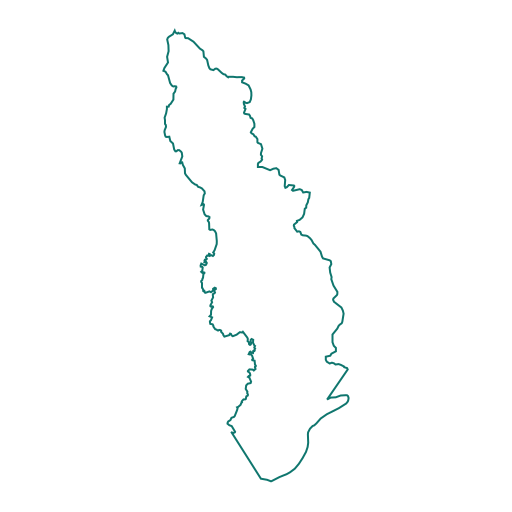 the district of Monte Alegre, Pará, Brazil
{"feature_id": "56859067B76441497058081", "entity_name": "Monte Alegre", "entity_type": "district", "adm_level": 2, "iso_a3": "BRA", "parent_name": "Brazil", "parent_adm1": "Pará", "projection": "mercator", "projection_center": [-54.454, -1.021], "detail": "fine", "context": "isolated", "style": "outline", "palette": "teal", "viewbox_px": 512, "rotation_deg": 0, "n_neighbors": 0, "source": "geoboundaries", "source_scale": "gbopen_adm2", "svg_char_len": 6059}
<svg xmlns="http://www.w3.org/2000/svg" viewBox="0 0 512 512"><path d="M231.2,431.8L260.9,478.7L267.1,479.8L271.0,481.3L271.6,481.1L279.8,476.9L286.8,474.1L290.0,472.3L294.8,468.7L298.9,463.8L302.6,458.1L306.0,451.9L307.6,447.1L308.2,442.8L307.9,434.3L308.1,432.3L310.0,428.7L312.6,426.0L314.2,425.4L316.4,423.4L320.7,418.5L326.9,414.2L338.8,408.2L346.2,403.5L347.8,401.5L348.3,400.0L348.6,398.0L348.0,396.1L347.1,395.3L345.9,395.2L340.7,395.5L335.8,397.3L330.6,397.6L327.1,399.5L347.7,369.5L347.1,368.1L344.2,367.2L344.0,366.5L340.9,364.9L338.6,364.1L335.5,364.5L333.9,363.3L331.9,362.7L329.7,363.5L326.8,361.7L325.8,359.8L325.8,356.7L330.3,355.7L331.4,353.7L335.9,351.3L335.9,347.9L333.8,345.8L332.5,342.2L332.5,334.5L337.3,328.6L338.6,325.9L339.7,324.7L341.7,323.3L342.3,321.8L343.6,313.7L342.9,310.7L341.4,307.5L334.0,301.8L333.1,299.8L333.4,298.5L336.9,295.1L337.3,294.2L337.4,291.9L333.5,285.6L331.3,279.2L331.6,277.1L330.2,272.6L329.6,267.5L331.3,264.1L330.8,261.2L329.7,260.3L323.0,258.4L322.0,256.6L320.5,251.7L314.9,244.8L313.4,243.5L311.6,240.1L310.0,238.2L307.5,236.1L305.9,235.6L302.8,235.3L301.3,234.6L300.3,231.9L298.9,231.3L297.2,231.7L294.4,228.1L294.4,227.0L293.8,225.8L294.0,224.6L297.1,222.1L296.9,220.9L299.6,219.9L302.5,217.4L304.1,213.9L304.8,208.7L306.2,207.7L306.3,205.3L307.8,202.4L308.4,199.2L309.2,197.9L309.8,192.6L306.5,191.9L303.2,192.5L301.7,190.0L299.7,189.2L293.0,190.8L292.0,190.0L294.1,186.9L294.3,186.0L293.9,185.5L288.9,185.0L286.8,187.2L285.4,187.8L284.7,186.1L285.2,180.0L284.3,177.4L280.3,175.5L279.4,174.7L278.6,169.9L276.3,168.2L273.4,168.7L270.1,170.2L262.3,167.0L257.9,167.0L257.9,164.0L258.4,162.9L260.5,161.6L261.8,160.2L262.1,159.4L261.6,158.7L262.1,156.3L260.9,154.8L261.0,153.0L262.4,148.7L261.0,144.2L257.8,142.8L257.4,142.2L257.4,139.1L255.8,136.7L254.6,136.3L253.4,134.3L251.5,133.3L250.8,132.3L252.7,128.7L254.4,127.0L254.4,123.8L253.2,120.1L252.2,118.4L250.6,117.9L250.0,115.9L249.1,114.5L245.1,113.9L244.3,113.5L244.0,112.7L245.5,108.9L244.3,107.9L245.0,106.4L243.9,104.1L243.7,102.2L243.9,101.7L244.4,101.8L245.6,102.8L247.0,103.1L249.7,102.1L250.9,99.3L251.4,95.4L251.3,92.2L250.6,89.5L248.6,85.4L245.7,83.7L242.1,82.3L242.1,80.5L244.2,78.5L244.1,77.6L241.7,77.1L236.6,77.2L233.1,76.8L228.6,76.8L228.2,77.3L226.6,76.2L225.3,74.6L223.5,74.2L221.7,72.9L217.9,69.3L216.7,68.6L215.3,68.7L213.4,70.1L210.4,69.3L209.4,68.2L208.3,65.4L207.1,59.9L206.0,58.5L203.9,56.8L203.4,51.3L202.5,50.3L199.9,48.6L193.5,41.7L188.1,38.2L185.7,38.1L185.2,37.7L184.4,34.3L182.5,33.1L179.2,33.5L178.3,32.8L177.3,33.6L176.4,33.2L175.1,31.9L174.7,30.7L172.9,34.3L168.9,36.8L167.8,37.9L167.2,39.5L168.4,45.1L168.6,51.2L167.1,56.8L168.0,62.5L164.4,68.0L163.4,70.8L165.5,71.7L167.1,74.4L168.0,75.2L170.1,83.0L171.7,85.4L172.7,86.2L173.7,86.5L174.7,86.2L176.2,86.5L176.4,87.5L175.7,88.8L175.1,91.5L173.5,93.7L173.4,99.6L170.6,103.9L169.2,104.9L168.6,106.7L166.9,106.7L166.9,109.1L166.1,113.4L164.6,117.7L165.0,120.1L165.0,123.9L165.8,125.0L166.0,126.9L164.7,130.1L164.4,131.9L165.1,135.4L165.7,136.7L166.8,137.0L169.3,136.7L170.3,141.0L173.0,143.5L174.2,149.5L175.4,151.3L176.3,151.3L177.9,150.1L179.3,150.2L181.2,151.8L181.8,152.8L182.3,156.4L179.7,163.3L180.4,163.4L181.5,162.3L182.2,162.3L182.9,165.0L184.8,168.4L185.0,173.3L185.8,174.8L192.0,182.3L195.3,184.6L196.7,184.9L198.2,186.9L199.8,187.3L201.9,188.4L204.5,191.3L204.8,193.4L203.7,195.3L202.7,202.0L201.5,205.0L203.6,204.2L204.0,204.8L203.1,209.6L204.6,214.3L206.3,216.1L208.5,216.4L209.5,217.1L209.3,218.5L207.8,220.1L207.8,220.7L208.9,222.2L209.1,223.5L209.3,229.3L210.2,229.9L212.4,229.5L213.7,230.0L215.0,231.2L216.1,233.4L216.8,241.1L216.7,244.1L214.6,250.2L213.2,252.5L214.2,253.5L214.0,254.9L212.9,256.0L211.6,255.2L209.9,255.8L209.7,254.0L209.0,253.8L208.6,255.3L208.1,255.8L207.2,255.5L206.0,257.0L206.1,258.0L206.8,258.9L205.5,260.2L204.8,259.9L204.5,260.6L204.8,261.0L204.4,262.2L205.1,262.4L206.2,262.0L206.8,263.0L206.0,264.8L204.8,265.3L201.3,263.6L200.6,265.4L200.7,266.6L202.3,266.9L202.7,267.5L202.3,270.7L201.2,271.8L202.3,272.8L203.7,272.3L204.4,272.6L204.4,273.1L203.4,274.1L203.0,277.9L202.5,278.5L202.3,279.9L201.2,281.1L201.2,281.9L202.0,283.0L202.0,287.8L202.6,288.3L203.2,289.9L203.2,291.0L203.8,291.4L204.4,291.0L204.9,292.6L205.5,292.8L209.4,291.4L211.0,292.2L213.1,290.5L213.1,288.8L214.7,287.7L215.8,288.2L215.9,289.0L215.2,289.6L214.3,289.8L214.0,290.4L215.0,292.5L214.5,293.3L213.2,293.8L212.8,294.8L213.1,297.4L211.4,300.6L212.1,302.2L210.5,305.1L210.3,306.0L210.7,306.5L211.4,306.7L212.1,306.3L212.9,306.5L213.1,307.1L211.7,309.1L211.1,311.0L211.0,314.8L209.6,316.3L212.1,317.4L210.9,320.3L209.9,321.3L210.0,322.7L210.3,323.9L212.6,324.3L213.3,325.5L213.4,326.6L215.2,329.2L216.7,329.7L217.5,330.4L218.3,330.5L219.1,329.9L220.6,330.2L221.2,330.8L221.1,331.8L223.0,333.8L223.4,335.2L224.4,336.6L229.1,335.2L230.1,333.6L231.0,334.0L231.6,335.4L232.8,336.2L236.6,334.7L239.8,332.2L242.3,332.5L242.9,331.8L247.3,337.6L247.8,338.8L247.6,341.2L249.0,342.3L249.0,344.0L249.7,344.8L250.4,344.8L250.9,344.2L251.2,342.8L250.6,341.3L250.7,339.9L251.6,339.0L253.2,339.8L253.0,342.7L254.5,345.7L255.0,346.0L254.3,347.4L255.1,348.6L254.6,349.1L254.7,350.6L254.4,351.0L253.7,350.7L253.2,351.0L253.0,353.0L251.5,352.6L250.4,351.6L249.7,352.0L248.7,354.2L249.8,354.5L250.8,354.2L251.3,354.7L252.1,355.7L253.1,358.7L252.2,359.6L252.3,360.2L254.6,360.7L255.0,364.6L255.8,365.6L255.7,366.4L255.0,366.7L254.9,367.2L255.5,369.0L253.8,370.5L252.8,369.6L249.4,369.4L247.9,371.0L247.9,371.5L249.2,372.3L249.9,373.3L250.3,375.0L250.2,375.6L248.8,376.0L248.0,376.9L249.4,377.7L251.1,381.7L250.6,383.1L247.8,383.7L246.2,385.4L245.7,388.9L247.4,391.7L247.2,393.2L247.9,394.4L247.8,395.5L246.3,396.4L245.8,399.0L245.2,399.4L243.5,399.4L242.2,400.8L241.7,401.6L242.0,402.3L241.2,403.1L240.6,404.8L238.2,406.9L237.1,407.3L237.6,408.1L237.1,410.1L234.7,416.1L234.0,416.9L231.5,417.8L230.4,420.1L228.2,421.5L227.7,422.4L227.5,423.7L229.3,425.2L231.7,426.1L235.1,431.8L234.9,432.3L233.3,433.0L232.4,432.9L231.2,431.8Z" fill="none" stroke="#0f766e" stroke-width="2"/></svg>